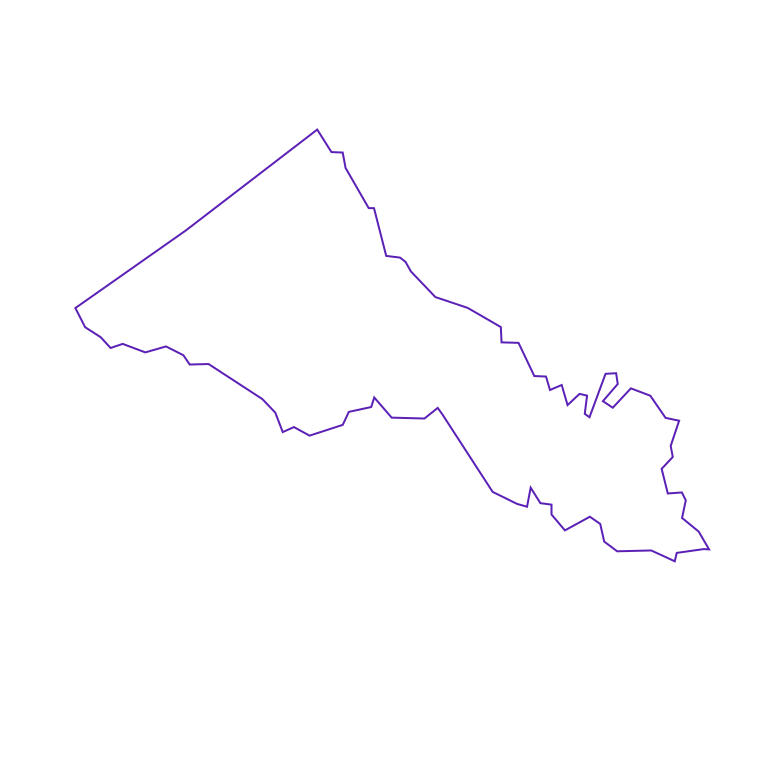 outline of Bryan, Georgia, United States of America, rotated 341°
{"feature_id": "52423323B43145970536326", "entity_name": "Bryan", "entity_type": "district", "adm_level": 2, "iso_a3": "USA", "parent_name": "United States of America", "parent_adm1": "Georgia", "projection": "natural_earth1", "projection_center": [-81.366, 31.984], "detail": "fine", "context": "isolated", "style": "outline", "palette": "violet", "viewbox_px": 768, "rotation_deg": 341, "n_neighbors": 0, "source": "geoboundaries", "source_scale": "gbopen_adm2", "svg_char_len": 1162}
<svg xmlns="http://www.w3.org/2000/svg" viewBox="0 0 768 768"><g transform="rotate(341 384 384)"><path d="M601.2,646.3L605.8,639.0L632.6,644.2L637.5,646.2L633.5,626.0L622.2,607.7L631.5,592.2L630.3,583.5L616.7,579.9L618.9,554.6L633.3,547.0L634.9,535.9L651.1,514.8L639.2,507.7L632.0,481.8L616.0,468.5L592.6,480.9L585.4,471.5L605.0,460.1L607.0,449.4L596.8,446.5L567.5,482.3L564.1,477.6L572.2,461.1L565.7,457.0L550.7,463.7L551.7,442.8L539.0,443.7L539.6,429.7L528.7,425.4L524.6,388.9L508.7,382.9L513.0,368.2L487.8,339.2L460.9,318.6L446.1,286.4L444.1,275.5L440.3,269.7L427.8,263.6L431.8,214.5L426.8,212.7L418.0,167.2L420.3,151.7L409.8,147.6L403.7,121.7L246.6,174.3L116.9,211.7L119.9,233.0L131.4,247.6L137.2,260.9L150.0,261.0L168.6,276.4L190.1,277.5L203.7,291.5L206.6,302.3L224.6,308.0L264.1,358.7L271.9,375.7L272.6,396.5L284.8,395.4L296.8,408.6L331.7,409.2L341.7,398.9L364.4,401.6L370.4,393.6L380.3,418.3L411.0,429.8L427.0,424.1L429.3,431.7L451.6,521.4L470.8,540.7L479.3,546.6L488.9,529.8L493.1,547.6L503.1,552.6L499.9,561.9L507.4,581.3L535.4,576.5L542.9,586.7L540.9,604.7L550.0,618.1L582.5,628.4L601.2,646.3Z" fill="none" stroke="#5b21b6" stroke-width="2"/></g></svg>